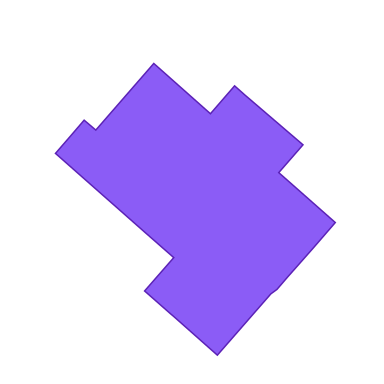 Van Buren, Arkansas, United States of America, rotated 40°
{"feature_id": "52423323B92305544895329", "entity_name": "Van Buren", "entity_type": "district", "adm_level": 2, "iso_a3": "USA", "parent_name": "United States of America", "parent_adm1": "Arkansas", "projection": "robinson", "projection_center": [-92.496, 35.577], "detail": "fine", "context": "isolated", "style": "filled", "palette": "violet", "viewbox_px": 384, "rotation_deg": 40, "n_neighbors": 0, "source": "geoboundaries", "source_scale": "gbopen_adm2", "svg_char_len": 426}
<svg xmlns="http://www.w3.org/2000/svg" viewBox="0 0 384 384"><g transform="rotate(40 192 192)"><path d="M316.3,300.7L317.9,219.3L319.7,212.0L319.9,195.8L320.9,156.7L321.4,123.3L246.0,121.4L246.7,84.5L169.7,83.7L156.4,83.3L155.8,120.2L80.1,118.1L78.5,206.4L63.2,206.3L63.0,224.4L62.6,250.2L182.9,253.2L220.2,254.0L219.3,298.3L253.9,299.1L257.4,299.1L316.3,300.7Z" fill="#8b5cf6" stroke="#5b21b6" stroke-width="1.5"/></g></svg>